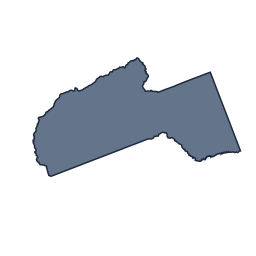 Mohave, Arizona, United States of America, rotated 69°
{"feature_id": "52423323B36780146179485", "entity_name": "Mohave", "entity_type": "district", "adm_level": 2, "iso_a3": "USA", "parent_name": "United States of America", "parent_adm1": "Arizona", "projection": "natural_earth1", "projection_center": [-113.558, 35.605], "detail": "fine", "context": "isolated", "style": "filled", "palette": "slate", "viewbox_px": 256, "rotation_deg": 69, "n_neighbors": 0, "source": "geoboundaries", "source_scale": "gbopen_adm2", "svg_char_len": 5617}
<svg xmlns="http://www.w3.org/2000/svg" viewBox="0 0 256 256"><g transform="rotate(69 128 128)"><path d="M105.4,31.2L105.3,55.1L105.4,65.9L105.6,69.9L105.4,80.5L105.5,87.1L104.7,87.4L104.3,88.0L102.5,92.1L101.9,92.3L101.2,92.8L101.2,93.3L101.5,93.6L101.7,94.0L100.4,96.4L100.4,97.7L99.8,98.6L99.5,98.9L98.8,98.6L98.2,98.7L97.3,99.1L96.1,99.5L94.7,99.6L93.9,99.2L93.2,98.5L92.4,97.4L90.4,96.4L90.5,95.9L91.0,95.4L90.8,94.9L89.7,93.3L89.2,93.1L87.8,91.5L87.3,90.6L85.4,90.4L84.8,90.5L84.2,91.1L83.1,91.8L82.7,91.5L82.5,91.0L82.2,90.9L81.8,90.9L80.9,91.6L80.0,91.6L79.8,91.5L79.9,90.5L79.5,90.1L76.1,90.1L74.7,90.7L73.6,91.5L73.3,91.4L73.0,90.8L72.8,90.7L71.2,92.0L70.8,92.4L68.4,93.1L66.9,93.3L66.3,93.8L65.8,94.5L65.9,95.1L66.5,95.7L66.9,96.5L66.9,96.8L66.7,97.2L66.6,97.7L66.7,97.9L67.0,98.1L67.2,98.4L67.3,98.6L67.2,99.1L66.5,99.9L66.5,101.6L66.6,102.3L67.2,103.2L67.3,103.6L67.2,104.5L68.5,105.6L68.4,106.6L68.9,107.4L70.7,109.3L70.6,109.9L69.9,110.0L69.0,110.6L68.9,111.4L69.1,112.3L68.7,113.4L68.3,113.7L68.2,114.0L68.9,115.1L68.8,116.6L69.1,117.5L69.0,119.0L68.5,120.8L68.8,121.3L69.8,122.1L69.9,122.4L69.8,122.9L69.4,123.8L69.4,124.7L70.1,125.4L71.2,127.0L71.4,127.6L71.4,128.5L70.7,129.9L70.9,130.8L70.9,132.1L71.2,132.9L70.9,133.5L70.3,134.0L70.1,134.3L70.0,135.2L70.0,136.0L70.7,137.5L70.8,138.8L70.9,139.1L71.5,140.2L72.9,141.5L74.1,145.4L74.6,147.4L74.5,149.3L75.1,151.7L75.5,155.4L75.7,155.7L75.9,156.0L76.1,157.2L76.0,158.6L75.8,160.3L75.5,161.0L75.0,161.4L74.4,161.5L73.2,161.5L72.6,161.7L71.7,162.9L71.9,163.2L73.0,163.8L73.6,164.2L74.0,164.7L74.1,165.2L73.9,165.9L72.8,166.8L72.2,168.0L72.2,169.3L72.6,170.3L72.7,170.9L72.3,172.4L72.6,174.2L72.4,175.2L72.5,176.4L72.2,177.9L72.3,178.6L72.5,179.2L73.1,179.9L74.2,180.5L75.0,181.3L75.6,182.8L75.9,184.2L76.9,186.1L78.2,187.2L78.9,188.2L80.1,188.8L80.6,189.4L81.5,190.0L81.8,191.4L82.3,192.3L82.5,193.1L82.6,193.9L83.1,194.8L83.1,195.6L83.3,196.2L84.1,197.0L84.1,197.5L83.8,197.9L83.8,198.3L84.2,199.0L85.2,199.8L86.5,202.6L86.7,204.1L86.4,204.9L86.5,206.3L86.1,207.4L86.2,207.6L86.8,208.3L87.5,208.3L88.7,208.0L89.1,208.1L89.6,209.0L90.4,209.3L91.3,210.1L91.7,211.1L92.2,211.4L93.1,211.5L93.7,212.3L94.7,213.2L95.2,214.0L95.9,214.2L96.7,214.3L98.0,215.1L98.4,215.8L99.1,217.3L100.1,218.3L100.4,218.2L101.5,218.9L102.2,218.6L103.1,218.7L103.5,219.1L103.8,219.1L104.2,219.3L104.7,220.0L105.0,220.1L105.3,220.7L105.9,221.3L106.3,221.2L106.6,220.7L106.8,220.9L107.3,221.6L107.7,221.8L109.7,221.5L110.7,221.5L112.1,222.1L113.4,222.1L114.9,221.7L115.9,221.8L116.2,221.9L116.9,223.6L117.1,223.8L117.3,223.8L118.0,223.5L118.2,223.1L118.5,223.2L119.1,223.0L119.6,223.0L120.5,223.5L121.6,222.9L122.7,222.7L123.3,223.1L123.5,223.9L123.9,224.0L124.1,224.3L124.3,224.4L124.7,224.8L125.9,224.8L126.2,224.6L126.6,224.5L126.9,224.6L127.2,224.3L127.4,224.3L127.7,224.0L127.9,224.0L128.0,223.7L128.3,223.9L128.9,223.5L129.5,223.6L129.9,223.3L130.3,223.4L131.2,222.5L131.4,221.4L132.1,220.7L132.2,220.3L133.1,219.3L133.9,218.1L134.4,217.8L134.8,217.9L135.1,217.8L135.4,218.2L136.0,218.3L137.3,218.3L138.8,218.5L139.9,218.5L140.6,218.6L141.0,218.9L142.2,218.7L143.9,218.9L144.8,217.9L145.0,217.5L145.5,217.3L145.4,114.2L145.5,113.3L145.4,113.0L145.8,112.3L145.8,111.8L146.1,111.1L146.6,110.2L146.6,109.6L146.7,108.6L146.3,107.8L146.0,107.6L145.7,106.9L145.3,106.6L145.4,106.2L145.6,105.8L145.8,104.9L145.7,104.1L146.3,103.2L146.2,102.9L146.3,102.8L146.1,102.3L145.3,102.0L145.0,101.6L144.9,101.2L145.0,100.6L144.5,99.1L144.4,98.3L144.4,97.1L144.6,96.8L145.5,95.9L145.8,95.1L146.0,94.2L146.8,93.7L147.5,93.9L148.4,93.8L149.6,94.4L150.5,94.1L151.0,94.3L151.6,94.1L151.9,93.3L152.1,92.9L152.5,92.6L152.7,92.2L152.6,91.3L152.8,90.1L154.2,89.4L155.2,88.5L155.9,88.6L156.3,89.0L157.0,88.7L157.6,87.9L158.1,87.6L160.0,86.5L161.0,86.1L162.0,84.8L163.0,84.2L163.7,84.0L165.1,84.5L167.4,83.8L167.8,83.6L168.2,82.7L168.7,82.7L169.3,82.9L169.8,82.9L170.6,82.2L170.9,81.3L171.5,81.0L172.9,81.3L173.7,80.6L174.6,80.6L175.4,80.9L175.8,80.4L175.8,79.9L175.9,79.7L176.8,79.6L177.2,79.2L177.5,78.3L177.9,78.0L179.0,78.5L179.7,78.1L179.3,77.0L179.7,76.4L180.7,76.0L181.2,76.0L181.5,76.4L181.9,76.9L182.9,76.2L183.4,75.4L183.6,74.8L184.4,73.5L184.6,73.4L184.6,72.9L185.0,72.1L184.9,72.0L185.0,71.9L184.6,71.2L184.2,71.0L184.1,70.6L183.7,70.1L183.9,70.0L184.0,70.1L184.3,69.9L184.0,69.6L183.8,69.6L184.0,69.5L184.0,69.0L183.8,68.8L184.4,68.4L184.5,68.5L184.7,68.4L184.6,67.9L185.0,67.7L184.9,67.3L185.1,67.0L184.7,66.8L184.3,66.9L184.2,66.8L184.2,66.6L184.3,66.5L184.3,66.3L183.8,66.1L184.0,65.9L183.7,65.7L183.8,65.5L183.8,65.3L183.4,65.2L183.2,64.9L183.4,64.7L183.2,64.4L183.3,63.9L183.0,63.9L183.2,63.3L183.0,63.2L183.1,62.9L183.3,62.9L183.5,62.4L183.4,62.3L183.2,62.2L183.3,62.1L183.6,61.8L183.6,61.5L184.0,61.4L183.9,61.0L184.4,61.1L184.5,61.0L184.4,60.6L184.7,60.6L184.7,60.2L184.8,60.3L184.7,59.8L185.0,59.6L184.9,59.4L185.1,59.2L185.2,58.8L185.1,58.4L185.2,58.2L185.0,57.8L185.0,57.1L184.8,56.9L184.9,56.6L184.7,55.9L184.8,55.6L184.6,55.5L184.7,55.3L184.4,54.8L184.4,54.1L184.2,53.9L184.3,53.6L184.3,53.1L184.7,52.6L184.7,51.8L184.6,51.7L184.9,51.3L184.7,51.1L185.0,50.7L185.3,50.6L185.0,50.3L185.1,50.0L185.4,50.1L185.0,49.5L185.2,49.4L185.4,49.5L185.6,49.4L185.3,49.1L185.6,49.0L185.4,48.3L185.6,48.4L185.7,48.1L185.4,48.1L185.1,47.3L185.6,46.8L185.3,46.8L185.2,46.3L185.5,45.9L185.6,45.4L185.5,45.2L185.8,45.2L186.0,45.1L186.0,44.6L186.4,44.5L186.2,44.0L186.3,43.4L186.5,43.3L186.2,42.9L186.6,42.9L187.1,41.8L187.0,41.2L187.8,40.1L187.8,38.7L189.2,37.1L189.3,35.5L190.2,34.6L190.1,33.5L189.4,32.5L189.7,31.2L105.4,31.2Z" fill="#64748b" stroke="#1e293b" stroke-width="1.5"/></g></svg>